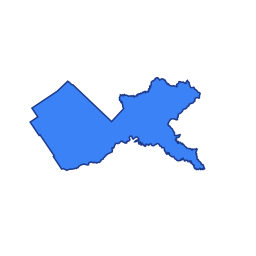 the district of Orán, Salta, Argentina, rotated 133°
{"feature_id": "61730980B46256753723149", "entity_name": "Orán", "entity_type": "district", "adm_level": 2, "iso_a3": "ARG", "parent_name": "Argentina", "parent_adm1": "Salta", "projection": "orthographic", "projection_center": [-64.349, -23.348], "detail": "fine", "context": "isolated", "style": "filled", "palette": "blue", "viewbox_px": 256, "rotation_deg": 133, "n_neighbors": 0, "source": "geoboundaries", "source_scale": "gbopen_adm2", "svg_char_len": 5776}
<svg xmlns="http://www.w3.org/2000/svg" viewBox="0 0 256 256"><g transform="rotate(133 128 128)"><path d="M120.5,83.0L120.3,82.8L120.7,82.0L120.5,81.5L120.0,81.6L119.6,82.2L119.2,81.9L118.6,82.1L118.2,80.9L118.4,80.4L119.0,81.1L119.3,81.0L119.4,78.6L119.1,76.2L118.7,75.7L118.0,75.5L117.9,74.4L118.3,73.6L118.5,72.5L118.1,71.5L118.3,70.6L117.9,69.1L116.2,67.6L115.4,67.9L115.3,67.3L114.7,67.0L114.3,67.0L113.9,67.6L113.4,67.1L113.1,67.3L112.6,67.1L112.8,66.8L113.7,66.5L113.6,66.3L113.2,66.4L113.0,65.8L113.0,65.0L113.4,64.4L113.4,63.9L111.5,63.2L111.3,62.4L111.7,61.1L110.1,60.6L109.8,59.8L109.2,59.4L109.3,59.1L109.8,59.0L110.5,59.4L110.8,59.0L110.7,58.5L110.1,58.8L109.9,58.7L109.8,57.9L110.4,57.0L110.6,55.9L110.3,55.5L110.7,54.5L110.3,54.3L110.2,53.9L111.3,53.4L112.0,52.1L112.1,51.6L111.4,51.1L111.8,50.4L111.8,49.7L110.7,49.2L110.6,48.4L110.3,48.1L108.6,48.1L108.3,47.5L108.9,46.6L108.6,46.3L107.8,46.4L107.5,46.1L107.6,45.5L107.5,45.2L106.8,45.3L106.7,44.8L106.2,45.0L106.0,44.3L105.6,44.2L105.0,45.3L104.7,46.3L104.2,46.8L104.1,47.4L103.7,48.1L104.5,49.8L104.3,50.2L103.8,50.5L103.9,51.1L103.6,51.9L103.8,53.7L103.2,55.1L103.6,55.5L103.7,56.3L102.5,57.3L102.0,57.8L101.8,58.4L100.9,59.3L101.0,60.2L100.0,60.5L99.8,61.6L97.1,62.7L96.4,63.0L96.3,63.3L96.5,63.8L96.9,63.6L97.6,64.1L97.9,64.8L99.2,65.8L99.5,66.4L100.2,66.0L100.6,66.4L100.3,67.2L100.5,68.2L102.2,70.4L102.6,71.4L102.4,72.7L102.6,74.3L102.1,76.3L103.0,77.4L102.2,77.8L102.2,78.0L103.0,78.6L103.1,79.5L102.9,79.9L103.4,80.1L103.7,80.6L104.0,80.6L103.7,81.4L104.3,81.4L104.9,81.0L105.2,81.7L103.9,82.6L104.7,83.4L104.5,84.0L104.0,84.3L104.4,84.5L104.2,85.4L103.2,85.4L102.3,86.0L101.6,86.0L101.3,85.1L100.0,84.5L98.2,84.8L97.4,85.4L99.5,86.7L101.6,88.5L101.5,89.1L99.6,91.0L99.4,92.7L98.5,94.9L98.6,97.1L98.1,98.3L98.3,98.7L98.2,99.0L98.6,99.7L98.3,100.0L98.4,101.1L98.1,101.1L97.0,101.9L96.6,101.8L95.2,102.4L92.3,102.7L90.3,101.2L89.1,98.4L88.6,97.8L88.1,97.6L86.9,98.9L85.7,98.9L85.4,99.3L84.5,99.8L84.2,100.4L83.5,100.6L81.5,99.8L78.9,99.6L78.3,99.7L77.0,100.3L75.5,99.7L75.0,99.2L73.6,98.8L73.4,99.1L72.8,99.2L72.0,98.8L70.9,99.1L70.4,98.6L68.6,99.4L67.9,98.9L66.8,98.8L66.6,98.2L64.8,97.5L64.0,97.9L62.9,97.5L62.4,97.7L61.9,98.5L61.4,98.5L60.4,99.1L58.5,98.2L57.8,96.5L57.3,96.3L55.6,97.8L53.5,98.8L53.4,100.0L54.2,101.0L53.7,103.1L53.8,105.0L54.1,105.7L53.3,107.4L53.4,107.8L54.6,108.4L55.6,109.5L55.4,110.4L53.9,113.5L53.2,113.9L53.0,115.1L53.2,115.9L52.7,116.9L53.8,117.0L55.4,116.6L55.7,116.1L56.0,116.2L56.6,117.1L56.6,118.8L58.1,120.0L58.4,121.3L59.3,122.3L60.7,121.5L62.8,122.1L63.6,121.6L63.9,120.7L64.4,120.4L64.7,120.7L65.3,122.4L65.9,122.9L66.0,123.5L67.4,124.4L68.5,126.7L68.1,128.5L69.2,129.1L68.3,130.7L68.6,132.1L67.7,133.1L67.7,133.5L68.2,133.9L68.0,135.3L68.5,135.9L68.9,136.8L71.4,137.6L70.9,139.8L71.0,140.6L71.8,141.3L72.3,141.3L72.7,141.7L73.3,141.8L73.5,141.4L74.0,141.3L74.8,141.6L75.8,141.5L77.0,142.2L78.7,142.2L81.0,140.2L81.7,140.3L81.9,140.7L82.7,140.6L82.9,139.5L83.3,139.8L83.9,139.2L84.1,139.4L84.9,138.9L85.1,139.2L85.3,138.8L85.8,138.9L86.3,138.6L86.5,138.8L86.8,138.6L86.6,138.3L86.8,138.2L87.6,137.9L87.7,138.3L88.1,138.2L88.1,138.5L89.1,139.2L89.2,139.6L89.6,139.5L89.4,139.8L89.7,139.9L89.5,140.0L89.7,140.5L90.2,141.0L91.6,141.1L91.8,141.4L92.1,141.1L93.0,141.7L94.0,141.9L94.0,142.5L94.6,142.4L95.2,142.7L95.1,142.9L95.3,143.1L95.9,143.1L96.0,143.5L96.5,143.8L97.0,143.5L97.4,144.0L98.0,143.3L98.2,143.5L98.2,143.9L98.7,144.0L99.4,143.8L100.1,144.9L101.1,144.6L101.2,144.9L101.0,145.2L101.2,145.8L100.9,146.3L101.5,146.4L101.7,146.8L102.3,147.1L102.3,147.6L102.7,147.7L103.2,148.4L104.5,149.1L104.4,150.1L104.7,150.4L105.0,151.5L105.9,152.3L105.9,153.1L106.3,152.9L106.5,153.2L106.8,153.1L107.8,153.4L107.9,153.7L107.0,153.8L107.1,154.4L108.6,155.0L108.7,155.8L108.9,156.2L109.9,155.5L111.9,154.9L112.5,153.7L113.2,153.5L113.5,152.9L113.1,151.8L114.0,150.7L114.0,150.4L113.1,150.2L113.2,149.7L114.2,149.0L114.7,147.6L116.1,146.2L116.7,144.4L134.5,144.4L134.0,197.8L134.7,198.7L134.6,201.7L134.9,204.0L149.3,204.8L179.0,211.8L181.4,201.5L190.4,203.6L194.1,187.9L193.0,187.6L198.7,162.9L199.8,163.1L203.3,148.5L201.9,147.6L201.2,146.0L201.0,144.4L200.4,143.8L197.9,142.6L196.6,141.2L194.7,139.7L193.5,139.2L192.8,138.1L191.7,138.1L191.1,137.5L189.6,137.8L187.3,137.3L186.4,137.0L185.6,136.2L184.8,136.1L182.3,132.0L181.4,132.0L180.5,132.9L179.9,132.8L179.1,132.2L178.3,132.2L177.1,129.7L176.0,129.4L176.1,128.7L175.3,128.1L175.1,127.1L174.4,126.7L173.3,126.4L172.8,125.6L170.8,125.3L170.3,125.5L170.0,125.9L167.4,125.0L166.5,125.6L165.6,125.3L164.3,125.5L163.3,125.3L162.2,125.6L161.5,125.1L160.4,125.0L158.0,124.0L157.2,123.8L156.4,123.3L154.8,124.2L154.2,125.6L153.4,126.1L153.1,126.0L152.8,125.1L152.3,124.8L149.6,126.0L147.8,126.5L147.3,126.2L146.2,124.7L144.9,124.1L142.6,124.2L141.9,123.9L141.7,123.3L141.7,121.9L141.2,121.1L141.0,119.9L140.1,118.9L139.6,118.8L139.3,119.6L138.8,119.7L136.4,118.4L135.9,118.3L135.3,118.6L134.0,120.7L133.0,120.9L131.8,120.3L131.6,119.9L131.6,119.4L132.6,117.7L132.6,116.6L129.6,116.2L128.6,115.4L128.3,114.5L128.6,112.8L129.4,111.9L130.2,112.9L131.0,113.4L132.4,113.8L133.5,113.7L133.1,113.2L131.8,112.5L131.0,112.4L130.4,111.9L130.4,111.4L131.7,110.1L132.2,109.1L131.9,108.7L130.9,108.7L130.2,109.4L129.9,109.4L130.0,108.8L131.2,108.0L131.5,106.8L130.8,106.4L130.0,107.5L129.7,107.6L129.5,107.4L129.5,106.7L130.4,106.2L129.8,105.4L130.0,104.2L129.7,102.9L129.4,102.8L129.0,103.9L128.2,103.2L127.6,103.7L127.2,103.6L126.5,101.0L125.3,101.1L123.9,100.7L124.4,99.1L124.4,98.3L123.4,97.1L121.5,96.7L120.8,96.3L119.6,96.3L118.9,95.2L118.7,93.7L119.4,92.8L119.2,92.0L118.7,91.2L119.4,89.8L118.1,88.6L118.0,87.6L119.5,86.3L119.7,85.3L120.1,84.7L119.8,83.6L120.5,83.0Z" fill="#3b82f6" stroke="#1e3a8a" stroke-width="1.5"/></g></svg>